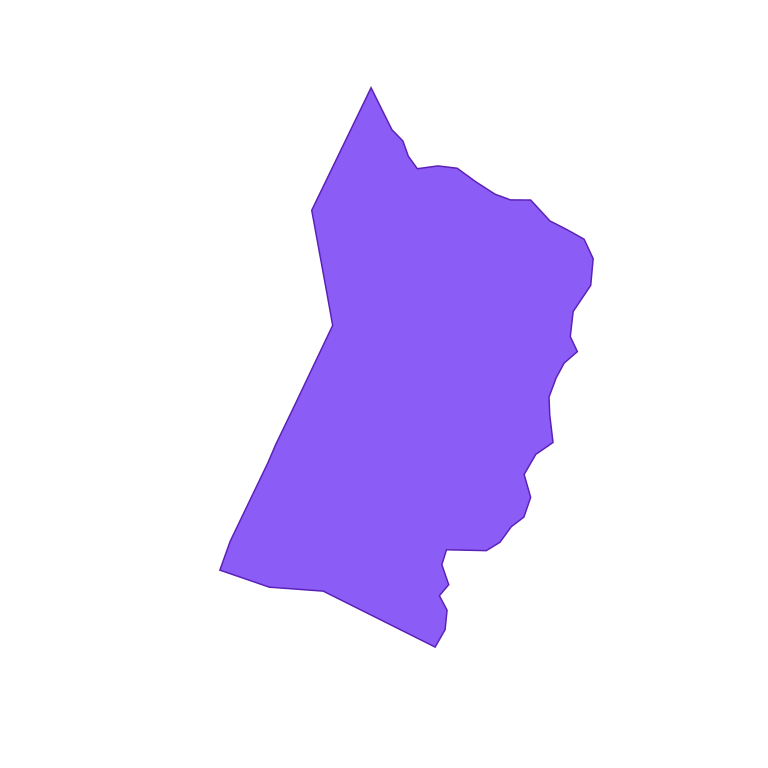 the district of Serra Redonda, Paraíba, Brazil, rotated 139°
{"feature_id": "56859067B59218361658405", "entity_name": "Serra Redonda", "entity_type": "district", "adm_level": 2, "iso_a3": "BRA", "parent_name": "Brazil", "parent_adm1": "Paraíba", "projection": "natural_earth1", "projection_center": [-35.671, -7.175], "detail": "fine", "context": "isolated", "style": "filled", "palette": "violet", "viewbox_px": 768, "rotation_deg": 139, "n_neighbors": 0, "source": "geoboundaries", "source_scale": "gbopen_adm2", "svg_char_len": 771}
<svg xmlns="http://www.w3.org/2000/svg" viewBox="0 0 768 768"><g transform="rotate(139 384 384)"><path d="M294.8,229.0L279.0,252.2L268.0,265.9L250.0,275.7L234.3,281.6L216.8,281.6L212.3,297.6L193.7,314.6L163.3,322.8L143.9,341.4L138.0,362.0L144.7,380.6L151.8,398.2L152.6,426.6L167.8,440.0L175.7,454.4L182.2,476.9L187.2,498.8L200.2,513.2L217.6,524.6L216.2,540.0L210.3,555.0L211.2,570.7L199.4,616.1L213.1,610.2L324.6,562.5L367.7,489.7L384.3,461.9L465.3,426.6L505.6,409.3L523.1,400.8L603.3,366.2L630.0,351.2L603.8,305.8L565.8,267.6L518.0,151.9L499.1,158.5L484.8,171.9L481.1,187.9L466.8,190.1L458.9,209.7L445.6,217.9L416.1,191.1L400.3,188.5L381.5,192.8L365.7,191.8L347.7,202.2L337.6,223.8L315.6,231.3L294.8,229.0Z" fill="#8b5cf6" stroke="#5b21b6" stroke-width="1.5"/></g></svg>